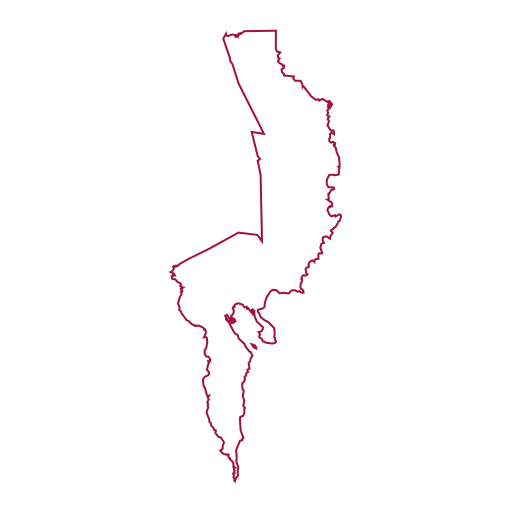 Davao Oriental, Davao Oriental, Philippines (Albers equal-area conic projection)
{"feature_id": "2640588B31007762864019", "entity_name": "Davao Oriental", "entity_type": "district", "adm_level": 2, "iso_a3": "PHL", "parent_name": "Philippines", "parent_adm1": "Davao Oriental", "projection": "albers", "projection_center": [126.307, 7.136], "detail": "fine", "context": "isolated", "style": "outline", "palette": "rose", "viewbox_px": 512, "rotation_deg": 0, "n_neighbors": 0, "source": "geoboundaries", "source_scale": "gbopen_adm2", "svg_char_len": 6063}
<svg xmlns="http://www.w3.org/2000/svg" viewBox="0 0 512 512"><path d="M226.0,33.7L223.3,38.7L229.9,58.0L230.3,61.0L232.4,64.1L238.5,83.3L264.0,133.9L251.7,131.9L257.6,155.8L260.0,159.1L257.7,160.7L260.6,175.0L262.0,241.3L257.3,234.9L238.5,232.6L209.5,248.6L188.4,259.0L179.6,264.0L177.6,266.0L176.8,265.7L175.8,266.6L175.2,265.9L174.6,266.5L173.9,266.1L173.2,266.7L173.9,268.0L173.5,269.2L171.7,271.8L170.8,272.1L174.1,273.9L174.8,275.4L173.0,275.1L172.4,276.4L171.6,276.3L172.3,278.9L175.2,279.3L177.4,281.9L180.2,283.1L181.0,284.3L180.4,284.9L180.4,286.2L181.7,286.7L181.5,287.3L182.0,287.0L182.2,287.8L182.6,287.7L182.9,287.7L180.9,289.1L181.8,290.8L182.3,290.7L182.2,291.5L181.0,292.0L182.0,293.1L181.5,292.9L181.5,294.4L179.8,297.0L178.0,303.5L179.6,307.2L179.2,310.0L180.8,311.3L181.7,313.6L186.6,320.1L188.6,321.0L191.3,323.8L194.6,325.7L195.2,325.4L195.4,326.0L198.9,325.6L202.5,327.3L204.5,328.9L204.2,329.6L205.2,329.7L205.7,331.1L206.0,332.7L204.0,337.2L205.2,336.8L206.8,337.8L207.3,342.1L206.1,348.6L204.6,350.2L204.6,353.2L205.6,355.8L206.5,356.5L208.4,356.7L210.4,359.6L209.9,360.1L210.1,361.2L208.2,361.1L208.9,363.4L208.3,363.8L206.9,369.9L208.8,371.6L209.0,373.9L208.2,375.3L204.8,376.7L203.2,379.1L203.0,381.7L203.8,386.5L205.0,387.9L206.9,395.2L207.3,395.7L209.2,395.6L207.7,397.5L208.8,399.5L207.4,402.0L207.5,403.3L208.2,403.7L207.6,405.7L208.3,407.3L206.9,410.8L206.7,413.1L209.3,419.5L209.5,422.0L210.9,423.2L211.2,425.6L213.8,428.4L214.2,430.0L215.9,430.5L215.4,433.0L218.4,436.9L220.7,437.4L224.0,442.3L222.7,446.2L222.6,449.0L220.2,450.5L222.8,453.6L226.3,454.7L227.4,454.3L228.6,454.7L228.2,456.1L228.9,457.9L229.9,458.2L230.1,459.6L231.5,460.4L233.4,463.2L233.4,466.9L234.1,466.7L235.0,467.6L234.3,467.7L233.9,469.6L234.7,470.2L234.2,471.4L234.7,473.1L233.1,473.5L234.0,475.8L233.4,477.1L234.5,479.0L234.3,480.6L234.9,481.3L236.0,477.8L237.9,475.9L237.7,470.5L238.4,467.3L236.3,461.8L236.7,457.5L236.2,450.0L240.0,440.7L242.2,440.3L242.2,439.1L243.4,438.1L240.6,430.2L239.9,419.1L240.3,416.9L242.9,415.9L243.7,414.7L244.4,412.1L244.1,408.9L245.0,407.9L243.3,406.1L244.3,400.4L242.8,396.6L243.7,390.7L242.7,389.4L242.1,385.7L242.6,382.7L244.1,381.7L244.9,379.5L244.5,376.8L246.1,375.6L246.2,373.3L248.1,371.9L247.3,370.8L247.6,369.5L249.5,368.8L248.6,363.0L250.2,361.3L250.5,358.8L252.4,355.8L250.5,351.8L249.5,351.7L245.0,345.7L244.5,343.9L238.8,338.7L237.7,335.1L234.6,333.1L230.0,324.7L228.4,320.7L227.6,319.8L227.7,321.2L226.0,319.4L226.2,317.9L225.2,315.7L226.5,314.9L227.5,315.4L228.7,317.7L229.8,318.3L230.2,319.8L230.9,320.0L230.5,320.6L231.3,321.2L230.6,321.9L231.9,323.3L233.1,322.4L234.0,322.5L233.8,320.9L235.4,321.1L234.3,318.8L233.5,318.5L232.8,319.5L232.2,318.5L232.1,319.0L231.3,318.9L231.4,317.8L230.9,317.5L231.6,316.6L231.2,315.8L233.0,314.2L233.6,312.5L233.9,310.5L232.7,308.5L233.2,307.2L234.5,306.9L234.0,305.9L235.4,304.3L238.2,303.3L242.8,304.7L243.7,306.6L245.1,307.4L246.1,307.0L245.9,307.7L246.2,307.1L246.6,307.3L246.8,308.7L247.3,308.8L246.8,307.6L247.6,307.6L252.9,314.2L253.4,313.1L252.0,312.2L251.4,310.2L252.6,309.5L254.4,310.9L254.8,310.0L254.4,311.2L253.7,310.7L253.3,311.4L252.5,310.0L252.3,310.6L253.3,311.6L253.0,312.0L254.3,312.6L254.6,316.4L256.8,321.5L263.0,327.3L262.7,329.3L261.4,331.3L258.6,332.0L260.1,334.4L259.2,336.1L259.5,337.5L261.8,338.8L263.0,341.5L264.2,341.6L265.7,342.6L272.5,343.6L275.5,342.6L276.1,341.4L275.1,340.2L275.0,338.0L274.2,337.3L274.7,334.5L274.3,328.3L268.5,322.2L264.9,320.4L260.5,316.9L259.6,314.1L257.8,311.5L258.0,309.7L263.1,308.3L264.5,307.0L264.9,302.4L266.7,297.2L270.5,291.4L272.4,289.8L276.5,290.2L279.6,293.3L284.4,292.7L288.1,293.5L289.4,293.0L291.0,290.8L292.5,290.2L295.2,290.3L297.4,291.7L299.3,291.1L300.8,292.4L303.5,292.7L303.3,290.8L302.4,289.5L301.2,289.2L300.3,286.9L300.8,283.5L302.1,281.0L301.5,279.9L302.0,279.2L301.5,278.7L301.9,276.6L303.4,275.3L305.9,275.6L307.5,274.4L306.2,273.2L305.6,268.9L306.9,267.4L308.5,267.3L308.9,265.3L308.4,264.3L310.1,261.5L312.3,260.3L314.4,261.9L314.3,260.6L315.6,259.1L318.4,258.9L318.4,254.0L319.3,253.2L321.6,253.6L322.3,253.0L320.3,247.8L321.4,243.8L323.9,242.8L322.5,240.2L322.9,237.6L323.8,236.9L326.6,236.4L330.0,238.7L330.5,236.0L332.7,232.9L330.8,230.5L333.3,228.9L333.6,228.0L334.9,227.5L336.7,225.3L338.4,221.5L339.7,220.9L341.2,216.2L340.6,214.8L339.2,214.4L335.4,216.5L334.9,215.2L331.2,216.4L329.1,214.0L327.4,209.9L328.2,208.0L329.8,207.1L328.2,207.1L330.2,206.6L330.4,206.0L332.1,206.3L332.3,204.7L331.5,202.4L327.4,199.6L328.3,199.5L329.0,198.3L328.4,196.6L328.8,194.4L328.3,194.0L329.9,192.5L331.0,190.2L333.8,189.3L334.3,188.6L333.6,187.3L328.9,187.3L328.0,186.7L326.7,183.8L326.8,179.8L329.2,175.0L333.0,174.6L334.6,175.3L338.6,174.5L339.2,172.0L338.6,170.6L339.5,168.0L338.3,166.7L339.5,166.3L339.7,164.9L339.0,157.3L336.7,152.3L335.8,147.9L333.6,145.2L333.9,144.6L334.9,144.7L335.2,143.3L333.0,141.8L331.1,142.6L329.3,141.0L329.2,138.6L330.2,137.6L330.0,134.0L331.5,132.7L334.0,134.2L334.1,132.8L333.5,130.3L330.9,130.6L327.5,125.5L329.0,121.2L327.7,118.8L329.3,116.4L328.2,116.3L327.2,115.0L328.2,112.9L327.3,110.5L329.4,107.9L328.8,106.9L328.1,107.0L328.3,106.2L330.4,106.6L330.4,105.3L330.0,105.2L330.5,104.3L331.1,104.3L331.0,106.2L332.2,104.3L331.2,103.2L329.9,103.8L329.9,105.5L329.4,105.5L329.2,104.1L328.7,104.2L329.6,103.2L328.8,103.3L328.1,102.5L328.5,102.1L329.4,102.6L329.9,101.4L329.1,100.9L328.8,101.5L326.7,101.5L322.4,98.8L319.2,100.6L318.6,99.3L315.8,99.9L311.1,96.2L303.5,86.2L303.0,85.9L302.6,86.7L302.3,84.0L300.4,80.8L295.0,80.7L293.2,78.3L293.9,76.5L284.0,75.5L284.1,73.9L282.2,72.6L281.5,69.9L281.7,69.1L284.0,67.9L284.1,65.7L282.7,66.0L282.4,64.6L279.2,62.9L277.9,61.2L279.6,58.5L278.2,57.8L277.8,55.4L280.2,52.4L277.0,51.5L275.8,48.7L275.9,30.7L244.0,31.2L242.9,32.5L240.9,33.1L240.9,33.9L238.9,33.5L238.8,35.0L237.2,34.7L236.7,35.5L237.8,36.2L237.7,36.9L236.8,36.2L235.6,36.9L235.0,35.0L232.1,34.5L228.0,36.1L226.3,35.4L226.0,33.7ZM251.8,344.3L253.6,347.2L256.3,348.6L256.2,347.3L254.7,345.2L251.8,344.3Z" fill="none" stroke="#9f1239" stroke-width="2"/></svg>